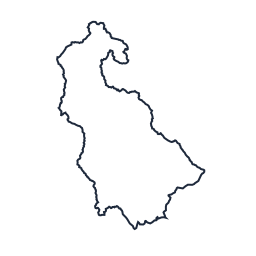 Mariscal Nieto, Moquegua, Peru (Mercator projection), rotated 282°
{"feature_id": "86281439B75994563843922", "entity_name": "Mariscal Nieto", "entity_type": "district", "adm_level": 2, "iso_a3": "PER", "parent_name": "Peru", "parent_adm1": "Moquegua", "projection": "mercator", "projection_center": [-70.73, -17.055], "detail": "fine", "context": "isolated", "style": "outline", "palette": "slate", "viewbox_px": 256, "rotation_deg": 282, "n_neighbors": 0, "source": "geoboundaries", "source_scale": "gbopen_adm2", "svg_char_len": 5777}
<svg xmlns="http://www.w3.org/2000/svg" viewBox="0 0 256 256"><g transform="rotate(282 128 128)"><path d="M205.0,111.4L206.9,110.9L208.9,109.3L209.5,108.5L210.0,106.4L210.5,105.6L212.1,104.7L212.0,103.1L212.5,101.9L212.3,100.7L212.6,100.2L212.6,93.4L213.3,93.1L213.8,92.1L215.4,91.7L217.0,90.2L217.5,88.3L217.1,87.7L217.9,86.8L219.0,86.5L219.4,85.8L220.4,85.3L220.0,83.8L221.2,83.5L223.4,83.6L224.7,82.3L225.4,82.0L225.2,79.3L224.2,78.2L223.4,77.9L223.2,76.2L225.0,74.3L224.6,71.7L224.1,70.8L223.3,70.3L223.0,69.4L222.0,69.0L221.5,68.2L220.5,68.6L218.0,67.7L217.2,69.2L215.4,69.3L213.7,70.4L213.4,71.2L212.9,71.5L211.9,71.2L210.6,70.4L209.3,69.2L208.4,69.0L206.2,67.8L205.5,66.6L204.7,65.9L203.5,66.0L202.4,65.6L202.0,65.0L202.0,63.9L201.0,62.9L201.4,61.5L201.0,59.8L201.1,58.3L200.4,57.7L200.4,55.8L199.9,55.0L197.8,55.3L195.1,51.6L194.4,51.2L194.0,50.6L192.0,50.3L187.8,48.5L186.1,47.4L184.2,46.7L182.5,45.2L182.6,44.3L180.3,44.4L178.1,45.7L177.5,46.3L176.3,46.6L175.7,48.9L174.7,49.2L174.4,50.3L173.5,50.7L172.5,52.1L171.3,53.0L170.3,53.4L169.6,53.3L168.3,54.0L166.7,53.3L165.8,54.3L164.7,54.3L162.3,57.0L161.4,57.6L158.5,57.5L158.0,57.0L157.5,57.4L155.6,57.4L154.7,58.1L152.3,57.2L150.4,57.9L149.6,58.5L148.9,58.7L148.4,58.4L147.1,58.9L146.2,58.2L144.9,58.1L144.4,57.0L143.5,56.4L142.6,56.5L141.5,56.9L140.9,57.5L139.4,57.8L138.7,57.6L138.6,57.1L138.2,57.1L138.0,56.8L137.4,56.9L136.6,56.6L135.4,56.8L133.3,56.5L133.1,56.2L132.6,56.9L131.8,57.5L130.5,59.4L126.7,59.9L126.7,60.4L127.4,60.7L127.8,61.5L128.8,61.9L130.0,63.6L129.6,63.8L127.7,66.5L126.5,67.4L124.9,67.8L124.0,67.0L123.4,67.2L122.3,68.4L121.9,68.6L121.8,70.1L120.9,72.5L120.9,74.9L120.4,76.1L119.8,78.6L119.8,80.6L118.9,81.9L118.5,83.0L116.6,84.0L114.8,84.3L113.4,86.5L112.3,86.4L110.1,87.0L109.1,87.8L108.3,87.6L106.9,87.7L106.4,88.3L104.3,87.7L103.3,88.7L102.2,88.6L101.7,88.3L100.8,88.8L99.3,88.2L97.9,88.3L97.4,88.0L96.0,88.8L94.6,88.7L93.7,87.7L93.1,87.8L90.9,86.8L89.0,87.6L88.1,87.4L86.7,85.8L85.4,85.3L83.9,85.9L81.8,86.1L81.5,87.4L80.9,88.3L79.6,88.3L79.4,88.9L79.5,89.7L78.9,90.8L78.0,91.1L76.4,92.9L76.2,93.5L74.8,94.5L74.8,95.2L74.2,96.2L73.1,96.6L72.6,97.6L71.8,98.1L71.5,99.3L70.9,99.6L70.2,100.8L69.2,101.7L69.1,102.9L68.7,103.9L68.9,104.3L67.9,106.5L67.2,106.9L66.4,107.0L64.9,106.3L63.8,106.3L62.7,107.5L62.5,108.2L60.9,109.0L60.6,109.5L58.9,109.9L57.7,109.7L55.8,111.2L54.8,111.4L53.9,111.2L52.9,111.9L51.5,112.0L51.1,112.6L50.5,112.7L49.1,114.2L47.9,113.1L47.1,112.7L46.2,112.8L45.2,112.1L44.1,112.2L43.0,112.9L42.9,113.8L43.6,114.8L43.6,115.3L42.2,116.9L40.9,117.0L39.2,116.4L37.1,117.5L36.8,118.0L36.9,119.2L37.0,119.7L37.6,120.4L38.1,123.0L39.9,122.7L40.2,122.2L40.8,122.0L41.0,122.8L41.9,123.5L42.7,123.6L44.3,123.1L45.4,124.7L47.1,125.9L47.1,126.3L46.1,128.0L46.3,128.5L47.5,129.2L47.8,130.3L47.6,131.2L48.3,131.5L48.4,132.6L49.3,133.3L49.2,133.8L48.7,134.9L48.0,135.4L47.4,136.3L47.7,136.9L47.6,137.4L46.6,138.2L46.2,139.0L45.2,139.8L42.7,140.8L42.2,141.4L40.1,144.6L38.7,146.2L35.0,149.6L33.2,153.1L31.2,154.4L30.6,155.5L31.9,156.9L35.9,157.1L38.1,157.4L37.4,158.6L36.2,159.7L36.8,163.0L37.9,164.0L39.3,164.3L40.3,164.1L40.7,164.4L40.7,164.9L40.1,165.6L39.6,166.8L39.3,169.6L40.9,171.4L43.1,173.1L43.6,174.8L44.0,175.1L45.7,174.5L47.0,175.3L46.8,175.6L45.7,175.8L45.5,176.2L47.5,179.3L48.2,181.8L48.1,183.5L48.5,182.9L49.6,182.5L52.8,180.3L53.5,180.5L55.4,182.2L58.9,181.4L61.0,181.4L63.4,183.1L65.1,183.3L66.7,184.0L68.8,184.0L70.0,181.9L70.6,181.6L71.1,182.1L72.1,184.4L73.2,185.3L74.8,187.3L76.5,187.3L77.9,188.1L79.3,188.2L80.1,188.8L80.3,194.2L83.1,196.4L85.0,198.4L85.8,202.7L87.0,204.4L87.8,204.8L90.8,207.8L97.3,209.3L98.9,210.1L99.5,211.0L101.0,211.7L102.5,211.4L102.9,210.7L103.0,207.9L104.0,206.2L104.0,205.1L104.4,203.8L105.7,202.1L105.7,201.0L106.1,200.2L105.9,199.2L106.2,198.4L108.0,197.3L108.4,196.2L109.4,195.5L109.4,195.0L111.1,194.1L112.1,192.9L112.2,192.3L113.9,190.0L115.7,188.6L116.7,187.0L117.8,186.1L118.3,185.1L118.9,184.8L119.7,183.6L121.0,183.2L121.9,182.2L123.1,181.8L123.6,179.6L125.5,177.6L125.7,176.6L124.7,175.9L124.5,175.1L123.9,174.8L123.4,173.7L123.5,172.3L124.2,169.6L125.9,165.6L128.0,163.5L128.3,162.7L129.7,161.1L129.7,160.9L128.7,160.4L128.3,158.6L128.6,158.2L129.9,157.7L130.3,155.9L131.4,154.0L132.1,153.8L132.7,152.1L132.6,151.7L134.3,151.0L135.0,150.2L135.6,150.2L137.0,149.5L139.4,149.8L139.9,150.2L141.6,149.5L142.6,150.3L143.2,149.8L144.0,149.7L146.4,148.5L147.6,147.4L150.0,147.9L150.7,146.2L152.5,144.5L153.7,143.8L154.6,142.3L155.1,140.2L156.4,138.6L157.1,136.9L158.1,135.6L158.1,134.3L158.6,132.8L160.1,131.9L161.7,132.4L162.5,131.6L163.7,131.7L164.3,131.4L164.6,128.9L165.6,127.1L164.9,126.5L164.3,124.0L163.7,123.4L163.7,122.6L162.5,121.8L162.4,120.7L162.7,119.6L164.1,117.8L165.1,115.0L164.9,114.5L163.4,113.6L162.1,112.2L162.7,110.8L163.4,110.6L163.6,110.1L163.3,109.3L162.9,109.2L163.9,107.8L163.9,106.0L165.3,104.9L165.2,104.3L164.1,103.3L164.4,102.3L164.0,100.6L165.0,99.5L165.4,97.5L166.5,97.5L168.1,96.2L169.7,96.1L170.8,94.6L172.9,94.1L173.6,93.4L174.0,92.1L174.6,91.6L175.1,91.8L176.2,91.4L176.4,90.7L176.8,90.5L177.3,90.4L178.3,90.7L179.7,89.8L181.2,89.5L181.9,88.9L181.9,88.4L182.8,88.1L183.3,88.1L184.1,88.7L185.4,89.3L188.4,87.7L188.9,87.8L189.2,88.0L188.9,89.0L189.6,89.8L190.5,90.1L190.6,91.6L191.4,92.2L194.7,93.3L196.1,93.3L197.3,93.0L198.6,94.4L199.6,94.1L200.3,94.4L200.0,96.8L198.6,97.3L198.2,97.8L197.2,97.4L196.2,97.6L195.0,98.6L194.7,99.8L194.0,100.0L192.7,99.6L191.9,100.4L191.1,102.7L190.8,104.5L189.8,106.5L190.0,107.6L189.8,108.9L190.5,110.2L190.5,111.6L191.1,112.9L192.5,114.0L193.8,114.3L194.4,114.2L194.6,113.3L195.4,112.5L196.3,112.1L198.3,112.0L200.3,110.5L200.9,108.2L201.4,107.7L201.9,108.3L204.8,109.0L204.9,109.7L204.3,110.6L205.0,111.4Z" fill="none" stroke="#1e293b" stroke-width="2"/></g></svg>